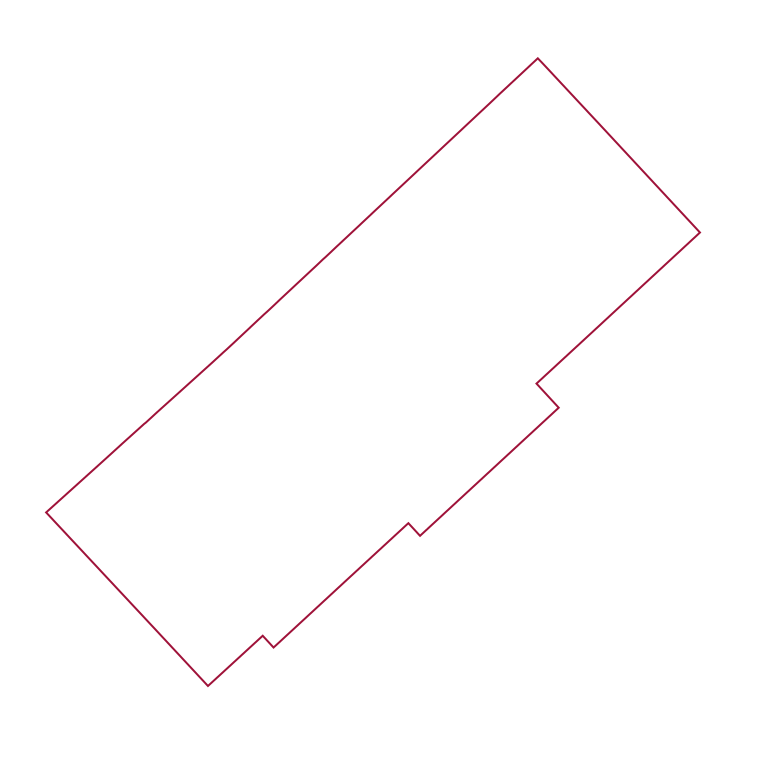 outline of Lea, New Mexico, United States of America, rotated 227°
{"feature_id": "52423323B76999377614602", "entity_name": "Lea", "entity_type": "district", "adm_level": 2, "iso_a3": "USA", "parent_name": "United States of America", "parent_adm1": "New Mexico", "projection": "albers", "projection_center": [-103.223, 32.785], "detail": "fine", "context": "isolated", "style": "outline", "palette": "rose", "viewbox_px": 768, "rotation_deg": 227, "n_neighbors": 0, "source": "geoboundaries", "source_scale": "gbopen_adm2", "svg_char_len": 882}
<svg xmlns="http://www.w3.org/2000/svg" viewBox="0 0 768 768"><g transform="rotate(227 384 384)"><path d="M520.5,49.3L358.0,49.4L283.2,49.3L282.6,123.6L266.6,123.5L266.4,159.1L266.1,222.8L265.6,306.9L261.2,306.9L248.4,306.8L247.5,495.6L280.3,495.8L279.9,568.0L279.3,718.4L422.6,718.7L439.9,718.7L442.9,718.7L443.8,718.7L462.7,718.7L508.5,718.7L509.6,718.7L517.3,718.6L517.3,681.7L517.3,666.4L517.2,657.0L516.9,496.2L516.8,468.2L516.8,462.9L516.8,462.3L516.8,452.6L516.8,443.3L516.7,427.8L516.8,424.4L516.7,416.7L516.7,409.1L516.7,387.5L516.7,384.8L516.7,384.3L516.7,366.0L516.7,365.7L516.6,356.7L516.6,353.4L516.6,353.2L516.6,348.6L516.7,343.9L516.7,335.1L516.6,310.0L516.6,307.7L516.6,292.6L516.7,288.1L516.8,276.0L516.8,274.6L517.5,232.4L518.1,199.0L518.2,183.3L518.4,181.5L518.8,158.1L518.9,152.0L519.2,126.9L520.5,49.3Z" fill="none" stroke="#9f1239" stroke-width="2"/></g></svg>